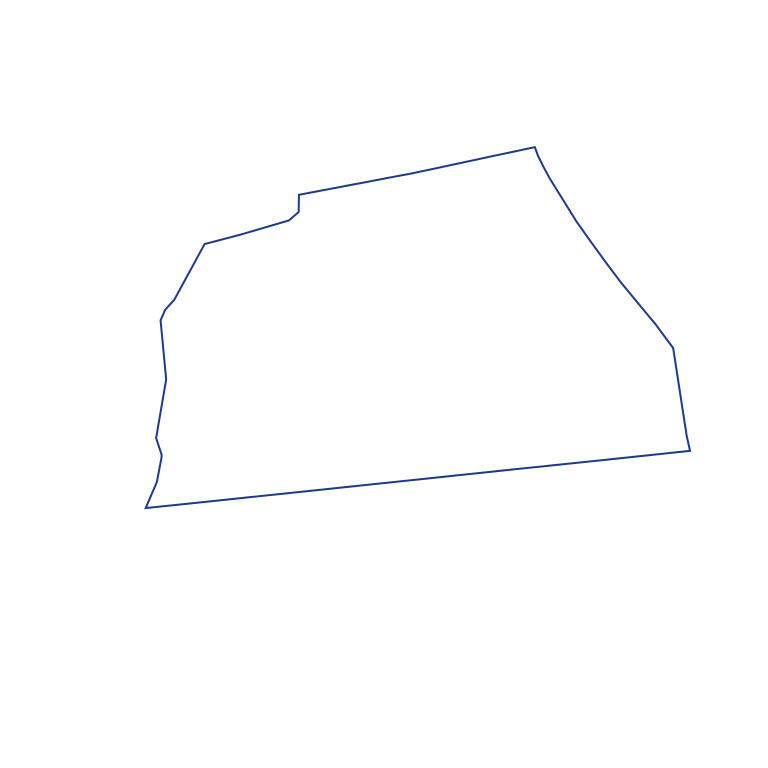 outline of Santa Ana del Valle, Oaxaca, Mexico, rotated 240°
{"feature_id": "50627088B45157986380633", "entity_name": "Santa Ana del Valle", "entity_type": "district", "adm_level": 2, "iso_a3": "MEX", "parent_name": "Mexico", "parent_adm1": "Oaxaca", "projection": "mercator", "projection_center": [-96.46, 17.017], "detail": "fine", "context": "isolated", "style": "outline", "palette": "blue", "viewbox_px": 768, "rotation_deg": 240, "n_neighbors": 0, "source": "geoboundaries", "source_scale": "gbopen_adm2", "svg_char_len": 826}
<svg xmlns="http://www.w3.org/2000/svg" viewBox="0 0 768 768"><g transform="rotate(240 384 384)"><path d="M395.7,115.6L354.6,207.8L306.7,315.4L267.6,403.3L246.1,451.7L221.2,507.4L188.6,580.7L173.1,615.6L188.3,620.4L238.4,639.9L267.7,651.3L270.6,652.4L300.2,649.0L319.3,645.7L353.7,639.9L354.6,639.8L375.2,637.3L379.3,636.8L406.4,634.0L428.8,631.9L432.4,631.8L479.0,630.3L492.8,630.7L504.8,631.5L513.7,633.1L519.5,615.2L528.3,588.2L536.5,562.7L542.0,545.7L543.1,542.2L550.7,518.9L551.9,515.0L553.2,511.3L561.0,489.2L561.6,487.4L561.7,487.0L564.5,479.0L566.5,473.2L569.7,464.0L571.2,459.9L583.2,425.5L590.4,404.9L575.6,396.1L573.2,383.5L585.1,334.5L594.9,298.6L561.8,244.5L557.7,231.6L550.8,222.3L496.8,197.6L451.1,159.6L433.7,156.0L431.5,154.5L412.7,138.3L395.7,115.6Z" fill="none" stroke="#1e3a8a" stroke-width="2"/></g></svg>